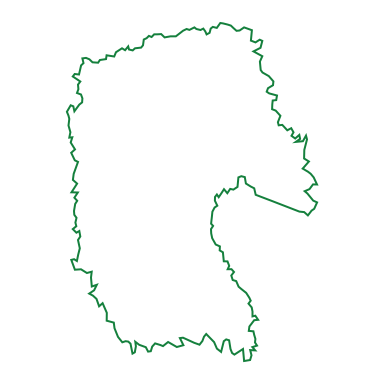 outline of Fontoura Xavier, Rio Grande do Sul, Brazil
{"feature_id": "56859067B33856190340106", "entity_name": "Fontoura Xavier", "entity_type": "district", "adm_level": 2, "iso_a3": "BRA", "parent_name": "Brazil", "parent_adm1": "Rio Grande do Sul", "projection": "equal_earth", "projection_center": [-52.364, -29.018], "detail": "fine", "context": "isolated", "style": "outline", "palette": "green", "viewbox_px": 384, "rotation_deg": 0, "n_neighbors": 0, "source": "geoboundaries", "source_scale": "gbopen_adm2", "svg_char_len": 3315}
<svg xmlns="http://www.w3.org/2000/svg" viewBox="0 0 384 384"><path d="M244.1,27.4L239.6,30.5L236.5,30.8L233.5,28.1L230.9,25.6L227.8,24.6L223.0,23.4L220.3,23.0L216.8,27.9L212.8,26.9L210.7,28.6L209.6,32.8L206.6,34.4L205.3,31.4L203.3,28.6L200.5,30.0L196.4,29.0L194.4,27.4L189.4,29.9L186.6,29.0L183.1,30.7L175.9,36.3L170.7,36.3L164.6,37.4L161.2,34.1L157.6,34.3L154.2,34.3L151.6,37.0L148.9,35.9L146.6,38.2L143.8,39.5L143.0,45.3L141.1,47.6L135.0,48.3L132.7,50.4L129.0,49.5L128.2,46.4L125.1,50.2L122.0,48.3L116.0,52.2L114.2,56.5L106.6,55.3L106.0,59.1L99.9,60.0L98.1,62.7L92.5,62.3L89.4,59.3L86.0,57.9L82.4,58.4L83.5,63.1L81.1,65.4L79.0,74.5L74.7,74.0L72.8,76.5L80.3,81.5L78.0,84.6L78.4,89.2L77.0,93.0L81.0,94.5L82.4,98.4L82.1,102.4L79.3,104.6L74.4,111.3L73.3,106.3L70.7,105.3L66.9,111.8L68.5,115.7L69.3,118.9L68.5,125.5L70.4,132.2L69.3,137.6L72.3,137.3L70.7,142.5L75.0,149.4L71.2,152.8L74.8,160.3L78.0,161.9L73.7,173.8L72.9,179.9L77.1,183.6L71.5,192.3L77.8,192.5L74.4,197.7L77.2,200.8L75.2,203.9L74.0,211.0L74.3,214.8L76.5,217.8L75.4,222.6L76.3,226.2L72.8,229.1L76.4,232.7L79.3,231.0L80.3,236.5L78.0,240.0L79.8,248.3L78.2,254.7L76.9,261.0L74.1,259.2L71.3,259.9L74.9,269.7L81.0,269.3L86.9,273.0L91.7,271.7L91.0,277.5L91.8,286.5L96.8,284.8L94.1,290.3L89.2,293.6L92.9,295.6L96.5,298.9L99.1,306.3L102.6,303.2L106.8,312.8L106.7,320.7L113.8,322.6L114.5,328.2L118.0,336.9L122.3,342.3L125.6,341.2L128.3,341.6L130.5,343.7L132.5,353.6L134.8,352.3L135.9,346.3L135.3,341.8L139.2,344.8L145.8,347.2L148.1,351.6L150.8,351.2L152.2,346.6L155.1,343.4L160.3,345.0L163.0,346.1L168.1,342.0L176.8,347.0L183.4,345.2L179.9,338.1L183.0,337.7L188.3,340.1L194.2,342.8L199.5,344.7L202.4,341.0L204.0,336.7L206.2,334.0L214.1,342.1L216.9,348.6L221.1,351.9L223.8,341.2L226.2,339.4L229.1,340.3L230.5,349.0L232.1,353.0L234.4,354.6L243.0,349.0L244.1,361.0L250.1,360.0L251.5,355.3L250.2,350.1L255.2,350.4L252.4,347.1L257.0,345.6L255.0,342.5L255.4,338.9L254.2,334.9L253.4,331.3L248.8,330.9L249.4,326.5L254.2,320.2L258.1,319.8L255.3,315.7L252.5,316.4L252.5,311.5L251.7,307.4L248.5,303.6L250.7,300.7L249.3,297.7L246.2,292.9L241.2,288.9L238.6,286.7L236.2,281.1L232.7,280.0L231.3,275.5L234.0,272.0L231.5,269.2L227.7,269.2L229.2,265.9L227.5,261.4L223.8,261.3L222.9,252.3L219.7,250.4L219.9,246.4L215.7,244.5L212.2,238.2L211.2,233.4L211.0,229.1L213.1,225.9L211.1,223.7L211.9,216.6L212.4,211.7L214.6,207.5L217.3,205.7L214.9,200.7L215.0,197.0L216.9,194.5L218.7,197.2L221.3,193.4L224.0,189.2L227.3,193.2L230.2,188.9L233.4,189.6L237.5,186.9L238.4,177.4L241.3,176.2L244.8,177.1L245.9,183.5L250.7,186.5L254.2,188.3L255.7,194.8L272.5,201.2L299.4,211.6L304.2,212.1L307.9,215.4L311.6,210.6L314.2,208.8L317.1,202.4L313.2,200.6L307.4,193.5L304.7,191.2L309.5,189.1L313.0,184.4L317.0,184.5L313.7,177.4L310.7,173.8L308.1,171.8L302.7,168.6L308.9,161.5L304.1,158.5L304.3,149.9L307.0,139.4L306.0,135.6L302.9,141.2L295.8,141.9L300.1,138.9L299.3,134.9L295.2,138.5L291.5,135.8L293.5,132.3L291.2,128.2L287.3,130.3L282.3,124.9L278.7,125.3L277.9,122.2L280.4,115.8L275.7,110.6L272.1,109.2L272.3,104.2L272.7,100.5L276.2,100.1L277.0,95.5L269.2,93.4L266.7,91.7L268.0,88.2L273.0,85.2L273.4,81.4L268.8,76.1L262.5,72.5L260.7,70.0L259.9,61.6L262.3,56.2L253.5,51.4L260.5,47.8L262.3,40.9L259.7,39.7L255.5,42.4L250.9,40.6L251.9,30.2L244.1,27.4Z" fill="none" stroke="#15803d" stroke-width="2"/></svg>